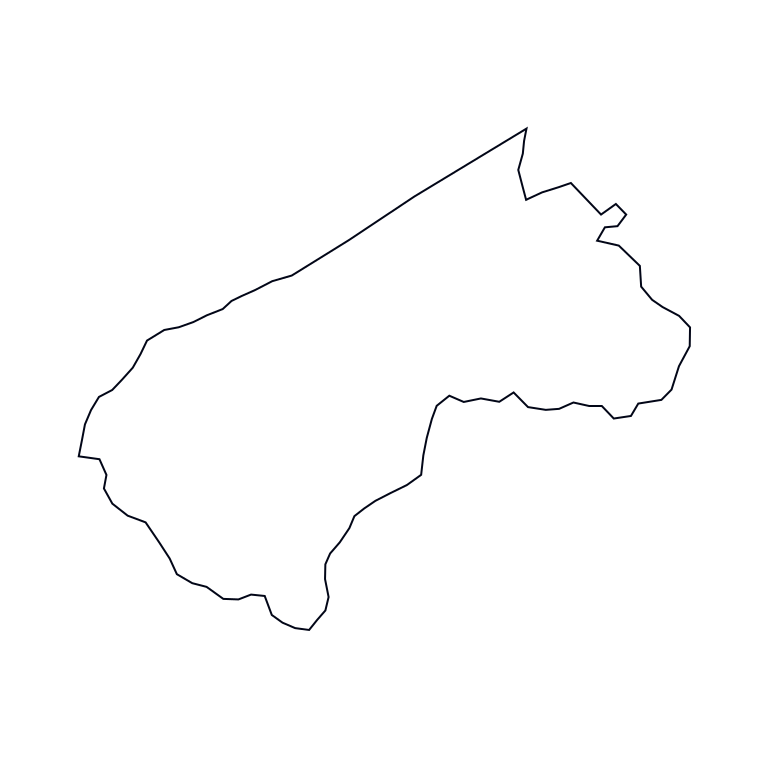 the district of Canudos do Vale, Rio Grande do Sul, Brazil, rotated 147°
{"feature_id": "56859067B82095060655770", "entity_name": "Canudos do Vale", "entity_type": "district", "adm_level": 2, "iso_a3": "BRA", "parent_name": "Brazil", "parent_adm1": "Rio Grande do Sul", "projection": "orthographic", "projection_center": [-52.234, -29.324], "detail": "fine", "context": "isolated", "style": "outline", "palette": "ink", "viewbox_px": 768, "rotation_deg": 147, "n_neighbors": 0, "source": "geoboundaries", "source_scale": "gbopen_adm2", "svg_char_len": 1362}
<svg xmlns="http://www.w3.org/2000/svg" viewBox="0 0 768 768"><g transform="rotate(147 384 384)"><path d="M125.4,520.6L256.4,524.7L335.4,523.8L402.3,525.2L421.7,531.1L440.9,533.0L455.3,535.3L466.7,536.7L478.4,534.7L495.1,538.1L510.2,539.8L525.3,543.4L538.9,549.0L559.1,549.5L571.9,541.7L585.8,534.5L601.4,530.3L615.2,527.0L630.1,528.4L643.9,521.7L656.8,513.0L668.2,501.1L679.4,489.6L663.6,475.9L666.3,458.9L675.8,448.9L677.0,431.6L670.7,413.2L659.3,397.8L658.8,373.6L658.8,354.3L661.3,337.3L653.3,321.4L643.3,310.5L635.8,291.3L623.4,282.6L610.2,279.8L599.5,271.2L603.9,251.4L599.1,239.1L591.5,227.7L580.8,218.5L568.4,222.6L556.5,226.0L546.5,235.5L539.7,252.5L531.4,264.7L521.5,271.2L507.3,275.3L491.5,282.0L480.8,289.3L468.4,290.4L454.8,290.7L438.0,289.0L419.8,286.8L402.3,287.6L389.9,302.7L377.5,315.5L362.9,328.6L351.7,337.0L335.6,338.6L326.9,325.5L310.6,319.1L297.0,306.3L279.9,306.3L275.8,286.2L262.4,274.2L250.7,267.8L235.2,265.3L224.0,253.9L213.3,246.9L210.1,229.9L194.3,222.7L181.4,229.1L160.0,219.6L145.9,222.7L126.9,238.3L107.0,249.2L96.5,264.8L99.4,280.4L108.5,296.9L113.3,308.6L115.3,325.6L105.1,343.7L111.7,372.2L127.2,388.1L113.4,395.1L102.2,389.2L88.6,394.2L91.5,408.7L109.7,407.9L117.8,450.8L130.2,453.9L147.0,458.6L164.5,461.1L160.1,474.5L154.8,490.4L142.1,501.6L134.1,511.6L125.4,520.6Z" fill="none" stroke="#020617" stroke-width="2"/></g></svg>